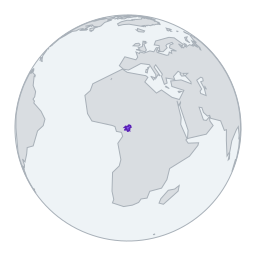 globe centered on Taraba, rotated 21°
{"feature_id": "NGA-2848", "entity_name": "Taraba", "entity_type": "State", "adm_level": 1, "iso_a3": "NGA", "parent_name": "Nigeria", "parent_adm1": "", "projection": "orthographic", "projection_center": [10.823, 8.016], "detail": "fine", "context": "on_globe", "style": "filled", "palette": "violet", "viewbox_px": 256, "rotation_deg": 21, "n_neighbors": 0, "source": "natural_earth", "source_scale": "10m", "svg_char_len": 8963}
<svg xmlns="http://www.w3.org/2000/svg" viewBox="0 0 256 256"><g transform="rotate(21 128 128)"><circle cx="128" cy="128" r="113" fill="#eef3f6" stroke="#a8b0b8"/><path d="M88.7,22.5L89.0,22.3L86.4,23.3L89.1,22.4L91.4,21.5L93.3,20.9L93.9,20.8L90.7,21.9L90.0,22.1L89.3,22.4L87.5,23.1L88.7,22.7L84.8,24.3L89.5,22.7L87.0,23.9L84.2,25.0L83.5,24.9L75.4,28.4L88.7,22.5ZM68.1,32.6L63.7,36.0L60.7,38.1L57.4,40.9L59.5,39.5L62.9,36.9L66.0,35.4L69.7,32.7L71.5,31.8L75.7,29.4L76.1,29.8L74.3,31.7L70.8,33.8L69.9,34.8L74.1,33.0L68.4,37.8L66.2,42.3L64.6,43.8L59.9,45.5L57.7,44.5L51.7,48.2L56.7,46.0L52.6,50.2L52.4,51.1L53.3,51.2L55.2,49.8L54.1,51.5L48.7,53.9L49.7,52.4L51.4,51.5L50.3,51.3L46.7,53.5L44.9,55.8L41.3,57.8L40.0,59.6L38.4,61.2L40.8,58.2L36.5,63.9L32.0,69.3L26.1,80.2L30.7,71.3L30.7,71.2L35.6,63.6L41.1,56.4L47.1,49.6L53.6,43.4L60.7,37.7L68.1,32.6ZM16.9,109.4L16.7,111.9L17.8,107.7L18.9,106.0L17.7,112.4L19.3,107.0L19.3,110.5L22.3,111.8L21.8,113.2L24.2,122.3L28.7,127.1L29.7,132.3L29.0,135.1L31.0,136.4L31.1,138.4L40.8,143.5L47.3,149.5L48.0,156.2L44.6,163.1L45.9,178.7L40.9,182.4L42.7,188.5L44.0,196.6L40.6,194.8L44.7,199.8L45.4,202.0L44.0,201.5L46.5,204.6L45.6,204.1L48.1,206.6L50.8,209.9L54.8,213.5L57.8,216.1L60.5,218.1L60.3,218.0L54.1,213.0L48.3,207.6L42.8,201.7L37.8,195.5L33.8,189.6L23.3,168.0L21.5,163.3L19.2,157.0L18.1,152.5L16.5,143.8L15.6,134.9L15.4,126.0L15.7,121.1L16.6,112.1L16.7,110.6L16.5,112.2L16.9,109.4ZM24.2,84.3L24.4,83.9L22.7,90.6L22.1,90.5L22.5,89.6L23.3,87.1L24.1,84.4L24.1,84.5L24.2,84.3ZM27.3,78.4L27.5,77.8L27.5,78.0L27.3,78.4ZM75.2,29.3L75.4,29.4L74.5,29.8L75.2,29.3ZM76.8,28.4L75.5,28.9L76.1,28.5L76.8,28.2L76.8,28.4ZM78.1,27.9L77.3,27.8L78.3,27.2L82.0,25.6L78.1,27.9ZM91.8,21.4L89.5,22.2L90.9,21.6L91.8,21.4ZM97.4,19.6L92.3,21.2L97.4,19.6ZM94.2,20.6L97.5,19.6L98.1,19.5L96.8,19.9L94.2,20.6ZM96.4,20.0L98.3,19.6L97.3,20.0L94.4,20.6L96.4,20.0ZM98.0,19.4L99.6,19.0L98.9,19.2L98.0,19.4ZM94.8,21.7L94.7,21.4L96.4,20.8L94.8,21.7ZM99.1,19.4L99.4,19.3L100.1,19.1L101.1,18.9L99.1,19.4ZM106.4,17.4L103.5,18.1L105.4,17.7L105.8,17.6L102.7,18.3L103.3,18.1L106.4,17.4ZM104.1,18.2L100.4,19.3L100.2,19.8L98.7,20.3L99.3,19.4L104.1,18.2ZM103.6,18.1L101.7,18.7L100.5,18.9L103.6,18.1ZM108.7,17.0L108.8,17.0L108.5,17.1L108.7,17.0ZM104.4,18.2L105.3,18.0L104.7,18.2L104.4,18.2ZM107.9,17.2L107.4,17.3L108.2,17.1L107.9,17.2ZM107.5,17.5L106.3,17.8L105.5,17.9L107.5,17.5ZM108.0,17.3L109.3,17.1L105.9,17.8L107.6,17.4L108.0,17.3ZM108.7,17.1L109.1,17.0L108.8,17.1L108.7,17.1ZM111.3,17.2L107.3,18.1L105.5,18.2L109.6,17.3L111.3,17.2ZM60.9,218.5L64.9,221.2L65.4,221.6L60.9,218.5ZM61.8,218.7L61.8,218.3L62.8,218.9L63.0,219.4L61.8,218.7ZM238.2,104.8L237.6,102.3L239.1,110.5L239.9,114.7L240.5,121.8L239.9,115.6L239.5,113.5L238.3,106.4L235.5,96.5L235.5,98.9L234.3,94.8L230.5,87.2L229.8,90.6L229.5,102.7L231.5,113.5L230.5,118.7L224.2,104.2L220.5,94.3L218.8,95.7L211.9,88.1L201.7,89.3L199.7,86.9L197.9,88.4L192.9,86.4L189.7,82.5L186.9,83.1L195.5,93.4L198.4,92.9L200.0,88.3L201.9,92.1L206.6,95.2L203.3,105.7L187.3,116.5L184.9,108.6L168.1,88.2L168.1,85.8L168.0,85.6L167.8,85.1L167.1,89.0L164.0,85.1L173.9,99.3L175.9,105.7L187.1,117.0L186.3,118.4L189.6,120.6L199.2,116.5L199.5,119.2L195.5,132.3L181.4,150.9L182.8,162.2L180.9,172.1L171.0,179.3L170.9,186.6L165.6,189.6L164.6,193.7L159.8,198.4L152.1,202.9L140.3,203.5L140.3,199.8L135.7,192.7L129.5,175.0L133.4,166.6L132.7,160.1L124.0,145.9L126.0,137.7L123.5,134.4L118.4,135.3L115.3,131.3L112.2,131.3L91.8,134.4L85.1,129.1L76.1,113.0L79.4,106.6L79.3,99.3L101.7,75.0L107.3,76.3L125.9,72.8L128.4,73.6L127.2,79.0L142.0,85.2L145.6,80.5L158.0,83.6L165.7,83.0L166.7,72.8L154.1,73.5L151.0,68.8L160.3,64.1L171.1,64.1L170.2,62.4L162.6,58.7L164.2,55.5L159.8,57.3L162.2,59.0L159.5,60.3L157.2,58.9L157.9,57.7L154.4,57.1L152.0,63.6L154.2,66.0L145.6,67.7L148.4,72.0L146.3,74.2L140.8,67.8L140.7,65.4L131.2,59.1L130.5,61.7L139.5,67.9L137.0,67.5L136.2,71.7L134.9,68.2L125.3,61.2L116.9,63.2L107.7,73.7L102.6,74.7L97.6,72.9L99.5,62.7L110.9,61.5L111.7,58.4L108.2,54.2L112.0,54.4L111.9,52.7L116.1,52.3L120.8,48.2L124.8,47.6L125.6,42.9L127.7,42.1L126.7,45.0L128.1,47.0L138.1,46.3L139.7,45.2L139.3,42.3L142.1,42.7L140.5,40.1L145.7,38.8L138.0,38.3L137.4,35.4L139.9,33.2L138.4,32.3L134.3,36.0L133.9,37.6L135.8,39.1L133.5,44.1L130.4,45.2L127.5,39.9L122.7,41.0L122.6,36.9L133.7,28.7L138.8,27.3L149.7,30.2L149.2,31.8L145.0,31.4L149.9,34.1L149.0,32.7L151.3,33.2L151.3,31.1L153.0,31.4L150.2,29.0L152.2,29.1L153.9,30.6L155.7,28.1L159.5,28.2L159.1,27.5L157.6,26.8L163.5,27.6L163.0,27.1L160.8,26.6L158.3,25.4L156.2,23.7L158.4,24.0L159.4,24.7L164.9,26.9L167.4,29.0L168.0,29.0L166.4,27.3L159.7,24.6L157.8,23.5L161.1,24.5L159.8,24.1L159.5,23.6L161.3,23.7L157.7,22.5L152.0,18.8L154.8,19.0L158.4,20.0L156.6,19.1L157.4,19.3L165.3,21.7L173.0,24.7L180.4,28.3L187.6,32.4L194.4,37.0L200.9,42.1L207.0,47.7L212.7,53.7L217.9,60.1L222.6,66.9L226.8,74.0L230.5,81.4L233.7,89.0L236.2,96.8L238.2,104.8ZM95.1,87.2L94.7,89.3L95.1,87.2ZM183.4,69.7L189.3,69.7L185.1,63.8L187.0,63.4L184.9,61.7L184.8,63.4L179.3,58.8L181.3,57.0L179.8,54.6L177.7,54.5L175.0,58.7L182.8,65.2L182.1,67.7L183.4,69.7ZM22.5,111.8L22.7,113.3L22.1,113.0L22.5,111.8ZM21.2,92.9L21.2,93.4L20.9,94.5L21.2,92.9ZM23.6,95.7L24.0,96.6L23.2,96.7L23.6,95.7ZM22.7,91.5L23.2,95.2L21.6,96.3L21.4,94.1L22.0,94.1L22.7,91.5ZM25.6,81.8L25.4,82.4L24.9,83.5L25.6,81.8ZM27.3,78.6L27.7,77.6L27.3,78.6ZM53.0,50.0L53.4,49.9L53.8,50.4L52.9,50.9L53.0,50.0ZM60.6,48.9L58.6,51.6L59.3,49.9L57.5,50.9L56.9,48.8L63.8,44.4L60.8,46.7L60.6,48.9ZM58.0,45.2L57.6,46.8L57.8,45.3L58.0,45.2ZM107.7,45.0L109.5,45.9L108.4,47.8L103.3,49.4L104.7,46.6L107.7,45.0ZM112.2,46.8L110.9,41.6L114.0,40.7L112.5,42.0L114.7,41.9L112.8,44.1L117.2,48.6L116.5,50.7L107.4,52.0L110.7,50.3L108.8,49.4L112.2,46.8ZM101.8,33.1L101.2,31.7L108.7,31.4L108.4,32.8L103.3,34.3L100.6,33.5L101.8,33.1ZM84.9,25.4L84.2,25.5L85.1,25.1L86.4,24.7L84.9,25.4ZM94.6,21.6L88.9,24.9L87.8,25.1L85.7,27.3L82.1,28.7L83.5,27.1L79.2,30.0L79.0,29.2L76.4,31.2L80.0,27.7L79.6,27.3L81.4,27.1L84.8,25.8L86.2,25.1L89.8,23.1L90.8,22.0L94.3,20.9L96.5,20.3L96.8,20.4L94.4,21.1L96.5,20.7L93.3,21.7L94.6,21.6ZM120.5,19.1L117.6,19.1L121.3,19.9L118.1,20.4L118.8,20.5L116.8,21.2L115.6,22.4L114.0,22.5L114.2,23.0L112.9,23.6L112.7,24.3L109.7,24.9L109.2,25.8L108.1,25.6L107.9,27.1L106.7,26.3L105.0,27.3L107.1,27.6L91.8,30.7L86.4,33.2L82.5,35.9L80.9,34.5L83.6,31.3L88.5,27.8L94.0,25.8L92.3,25.7L94.4,24.8L94.9,25.2L95.4,24.1L97.3,23.5L101.6,21.4L101.3,20.4L102.9,19.8L104.0,19.9L104.8,19.2L107.8,19.0L109.0,18.6L113.2,18.2L114.6,18.9L115.8,18.5L119.0,18.4L120.5,19.1ZM112.5,17.1L114.8,17.4L114.2,18.0L107.1,18.5L105.6,18.9L101.1,19.6L102.1,18.9L103.3,18.7L104.7,18.4L103.8,18.7L105.6,18.3L107.3,18.1L109.1,17.7L109.4,17.9L112.5,17.1ZM130.7,71.5L132.5,71.6L135.2,71.3L134.7,74.0L130.7,71.5ZM124.0,66.7L125.6,66.3L126.2,69.7L124.4,69.7L124.0,66.7ZM125.9,63.4L125.6,66.0L124.7,64.6L125.9,63.4ZM128.1,44.6L129.7,44.2L130.1,44.8L129.4,45.9L128.1,44.6ZM130.8,23.0L129.3,22.6L129.6,22.3L127.9,21.1L130.1,20.8L132.0,21.5L130.8,23.0ZM164.9,74.6L163.0,76.7L161.7,75.8L162.6,75.3L164.9,74.6ZM148.4,75.3L152.4,76.4L148.2,76.1L148.4,75.3ZM133.0,22.5L132.0,21.9L133.7,22.2L133.0,22.5ZM131.6,20.6L133.6,20.7L130.2,20.7L131.6,20.6ZM191.2,217.2L190.7,218.2L189.6,218.5L191.2,217.2ZM197.4,169.0L188.4,186.5L183.9,187.0L184.0,182.2L187.9,171.7L193.4,168.3L196.4,163.3L197.4,169.0ZM240.6,131.4L239.6,118.9L240.0,118.7L240.5,123.5L240.6,131.4ZM231.8,114.4L233.7,120.5L233.0,121.9L231.8,114.4ZM150.6,21.7L150.5,23.5L152.0,25.1L155.1,26.3L150.6,25.6L148.4,23.1L150.6,21.7ZM151.6,19.0L148.8,18.3L150.0,18.4L150.8,18.5L151.6,19.0ZM149.9,18.8L146.6,18.5L145.1,18.0L148.0,18.3L149.9,18.8ZM139.9,19.9L139.7,20.3L138.3,20.1L139.9,19.9Z" fill="#d9dde1" stroke="#a8b0b8" stroke-width="1"/><path d="M130.1,129.1L129.9,129.4L129.8,129.5L130.0,129.7L130.1,129.8L129.9,129.8L129.8,130.0L129.7,130.0L129.4,130.2L129.4,130.3L129.5,130.4L129.5,130.5L129.4,130.6L129.3,130.8L129.2,130.8L129.1,131.0L128.9,131.1L128.7,131.1L128.5,130.8L128.5,130.7L128.4,130.5L128.2,130.4L128.0,130.2L127.8,130.0L127.7,129.9L127.5,129.7L127.5,129.8L127.4,130.1L126.9,130.3L126.8,130.2L126.7,130.2L126.1,130.4L125.9,130.4L125.8,130.9L125.7,130.9L125.7,130.7L125.8,130.4L125.8,129.9L126.0,129.7L126.2,129.4L126.2,129.1L126.2,128.9L126.0,128.7L125.8,128.5L125.6,128.3L125.3,128.3L125.0,128.3L124.9,128.3L124.7,128.4L124.8,128.2L125.1,127.9L125.1,127.7L125.1,127.4L125.3,127.4L125.4,127.5L125.5,127.5L125.6,127.4L125.8,127.3L126.0,127.3L126.2,127.2L126.3,127.1L126.5,126.9L126.7,126.7L126.8,126.7L127.3,126.5L127.6,126.3L127.7,126.2L127.7,125.9L127.6,125.7L127.5,125.4L127.5,125.2L127.8,125.0L128.1,124.9L128.3,124.9L128.5,124.9L129.4,124.9L129.5,125.2L129.6,125.3L129.8,125.4L129.9,125.6L130.0,125.7L129.9,125.7L129.9,125.8L130.0,125.9L130.1,126.0L130.0,126.6L130.0,126.8L129.9,127.0L129.4,127.6L129.1,127.9L129.2,128.1L129.3,128.3L129.5,128.3L129.5,128.2L129.9,128.4L130.0,128.6L130.0,128.8L130.1,129.0L130.1,129.1Z" fill="#8b5cf6" stroke="#5b21b6" stroke-width="1.5"/></g></svg>